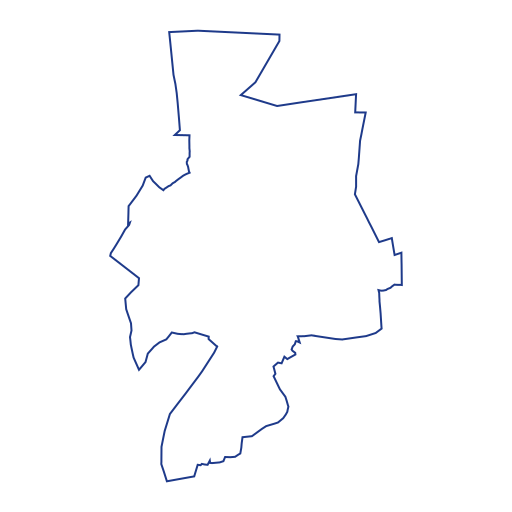 outline of Morogoro Urban, Morogoro, United Republic of Tanzania
{"feature_id": "72390352B88942039906388", "entity_name": "Morogoro Urban", "entity_type": "district", "adm_level": 2, "iso_a3": "TZA", "parent_name": "United Republic of Tanzania", "parent_adm1": "Morogoro", "projection": "orthographic", "projection_center": [37.659, -6.786], "detail": "fine", "context": "isolated", "style": "outline", "palette": "blue", "viewbox_px": 512, "rotation_deg": 0, "n_neighbors": 0, "source": "geoboundaries", "source_scale": "gbopen_adm2", "svg_char_len": 3328}
<svg xmlns="http://www.w3.org/2000/svg" viewBox="0 0 512 512"><path d="M279.5,34.6L197.9,30.7L169.2,32.1L170.3,42.8L173.5,74.8L174.5,79.7L175.4,84.0L176.7,93.1L177.7,103.3L179.0,118.7L179.9,130.2L174.8,135.0L189.5,135.3L189.3,140.3L189.4,145.9L189.4,148.2L189.7,151.3L189.6,152.9L189.6,156.8L188.7,157.8L187.5,159.3L187.5,160.6L186.8,161.8L186.8,162.6L186.9,164.0L187.5,165.1L188.0,166.6L188.1,166.9L188.5,169.0L189.0,171.5L189.6,172.7L186.6,173.9L184.4,175.0L183.0,175.8L180.9,177.4L178.5,179.1L175.9,181.1L175.1,181.9L174.2,182.4L172.6,183.3L170.5,185.4L168.6,186.1L166.1,187.8L164.5,188.8L163.4,190.2L159.3,187.3L155.8,183.8L153.1,181.2L151.4,178.6L149.6,175.8L145.7,177.6L142.7,185.6L136.5,195.7L129.3,205.2L128.6,206.1L128.5,209.6L128.4,214.2L128.1,223.8L129.9,222.6L129.2,224.7L129.0,225.1L125.1,229.5L121.2,236.5L116.5,244.3L113.7,248.8L111.0,252.9L110.9,253.0L110.2,255.9L139.0,278.2L138.4,285.2L136.5,287.0L131.0,292.3L125.2,298.5L126.2,309.2L127.6,313.4L131.0,323.3L131.5,330.5L130.6,334.5L130.0,337.1L130.4,340.5L130.8,344.5L131.4,347.5L132.8,354.1L133.6,357.6L135.9,362.8L139.0,369.8L145.5,362.1L146.4,358.8L147.8,353.6L152.2,348.7L154.0,346.6L155.2,345.7L159.5,342.4L165.6,339.7L166.3,339.4L168.6,336.6L171.8,332.5L177.6,333.8L180.9,334.1L183.9,334.2L186.4,333.8L189.8,333.4L192.1,333.2L194.5,332.3L202.7,334.8L208.7,336.6L208.6,339.0L209.1,339.5L209.3,339.7L210.9,341.1L215.7,345.4L217.0,346.5L217.1,346.4L217.2,346.5L216.6,347.7L214.1,352.7L202.1,371.3L198.3,376.6L189.2,388.7L185.7,393.4L177.9,403.5L169.9,414.0L169.6,415.0L164.7,430.9L163.5,436.8L161.5,446.8L161.4,459.3L161.4,462.0L161.3,464.1L163.8,471.5L166.3,479.4L166.9,481.3L175.1,479.8L191.3,476.9L194.2,476.4L197.7,464.8L200.6,465.2L201.8,463.9L204.7,464.5L207.6,464.8L209.8,460.6L210.1,462.9L212.0,463.1L219.7,462.4L223.4,461.2L225.1,457.0L230.3,457.2L235.1,456.8L238.4,454.6L240.3,453.5L241.3,447.8L241.7,443.2L242.5,437.2L251.9,436.2L261.9,428.9L266.2,426.1L274.3,423.7L278.0,422.5L279.2,421.5L283.2,418.2L285.8,414.5L287.3,411.8L287.6,410.1L288.4,406.6L287.9,405.1L286.7,400.9L285.4,396.8L279.9,389.3L278.4,386.2L273.6,376.2L275.4,373.8L273.5,366.5L277.4,363.1L278.0,362.6L281.6,363.3L284.4,356.7L287.3,359.1L289.5,357.8L292.9,355.9L295.4,354.5L295.2,352.8L292.5,350.8L291.6,349.5L292.7,346.5L294.8,344.3L295.8,341.2L296.0,341.2L297.1,341.3L299.7,342.5L297.8,336.5L297.7,336.3L297.9,336.3L298.0,336.3L304.3,336.2L311.6,335.3L312.6,335.5L312.8,335.5L314.3,335.7L314.3,335.8L335.5,339.0L342.5,339.5L342.7,339.4L348.3,338.6L356.6,337.4L358.8,337.1L361.0,336.8L366.1,336.1L375.7,333.0L381.6,328.6L381.4,326.1L380.9,318.1L380.6,313.4L380.0,306.5L379.5,301.4L379.5,300.0L379.3,296.2L379.2,293.0L378.5,290.1L381.1,290.7L383.2,290.6L386.1,290.0L387.5,289.0L390.5,287.8L392.0,286.4L394.5,284.6L395.9,284.8L400.1,284.9L401.0,284.9L401.8,285.0L401.8,284.9L401.6,264.9L401.5,260.1L401.4,252.7L394.6,255.0L392.7,243.7L391.8,238.1L384.9,240.3L379.0,242.1L375.4,234.9L372.5,229.1L371.5,227.1L370.0,224.2L369.0,222.3L367.1,218.4L365.0,214.3L354.9,194.3L356.1,186.7L356.1,186.2L356.1,176.1L358.3,164.2L358.8,158.4L360.0,141.9L360.0,141.4L360.1,140.6L361.4,134.3L362.3,129.5L365.4,114.0L365.7,112.5L355.2,112.4L356.0,95.7L356.1,94.2L302.1,102.2L277.1,106.0L240.8,95.1L255.4,82.3L258.6,76.8L279.4,41.0L279.5,34.6Z" fill="none" stroke="#1e3a8a" stroke-width="2"/></svg>